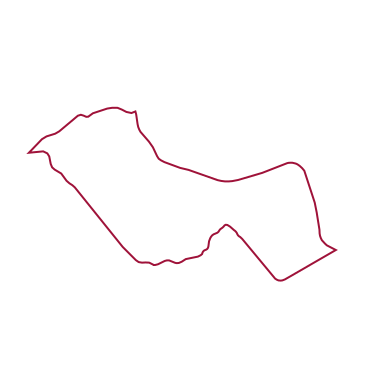 an SVG outline of Maryland, rotated 140°
{"feature_id": "LBR-781", "entity_name": "Maryland", "entity_type": "County", "adm_level": 1, "iso_a3": "LBR", "parent_name": "Liberia", "parent_adm1": "", "projection": "mercator", "projection_center": [-7.792, 4.73], "detail": "fine", "context": "isolated", "style": "outline", "palette": "rose", "viewbox_px": 384, "rotation_deg": 140, "n_neighbors": 0, "source": "natural_earth", "source_scale": "10m", "svg_char_len": 1702}
<svg xmlns="http://www.w3.org/2000/svg" viewBox="0 0 384 384"><g transform="rotate(140 192 192)"><path d="M268.4,160.8L268.4,161.2L270.2,165.4L272.9,167.9L275.7,170.0L277.9,172.6L278.8,175.9L280.4,194.4L278.8,270.9L279.3,274.2L280.3,277.4L280.9,281.2L280.3,290.2L282.8,297.4L283.3,300.8L282.2,304.3L278.5,311.0L278.0,314.6L279.9,318.8L291.7,326.9L273.0,328.9L267.7,328.1L259.3,324.6L254.7,323.8L230.4,323.8L227.5,322.6L225.9,320.1L224.7,317.6L223.1,316.4L217.3,316.0L203.3,310.4L199.0,307.8L194.9,304.3L192.8,300.3L190.8,295.5L187.6,291.4L183.6,290.1L184.9,287.3L190.1,278.9L191.4,276.4L192.3,273.7L192.8,271.2L192.6,258.3L193.2,251.4L195.7,241.9L196.1,238.9L195.4,236.2L193.9,232.6L185.6,218.1L180.4,211.1L164.8,184.7L162.5,181.7L159.9,178.9L156.9,176.4L154.2,174.5L149.0,171.6L125.9,161.5L100.5,152.9L99.0,152.1L96.4,150.0L94.6,147.6L93.8,146.3L93.2,144.6L92.7,142.6L92.3,139.5L92.3,136.1L104.8,105.0L110.0,95.5L110.1,95.4L118.6,81.2L120.9,78.2L122.1,76.1L122.9,74.0L123.5,71.6L123.3,67.0L123.0,64.5L119.1,55.1L177.0,65.3L179.6,66.2L181.0,67.1L182.6,68.7L183.4,70.3L184.0,72.2L183.7,123.7L184.0,126.5L184.5,128.0L184.6,129.3L184.4,130.5L184.0,131.9L183.9,133.2L184.0,134.6L184.3,135.7L185.1,141.0L186.1,144.0L187.2,145.2L188.5,145.5L190.0,145.2L191.6,145.1L194.0,145.3L195.0,145.2L197.4,144.5L198.8,144.5L202.7,145.7L204.6,145.8L206.4,145.4L207.7,144.9L210.6,143.3L214.4,139.8L215.6,139.0L216.9,138.6L218.1,138.7L219.6,139.2L220.7,139.4L222.0,139.2L223.1,138.7L224.1,138.0L226.0,138.0L229.0,138.7L239.9,144.6L244.7,145.2L247.7,146.1L249.4,147.3L250.4,148.5L253.5,154.3L255.1,155.7L257.2,156.7L264.5,158.5L267.2,159.8L268.3,160.7L268.4,160.8Z" fill="none" stroke="#9f1239" stroke-width="2"/></g></svg>